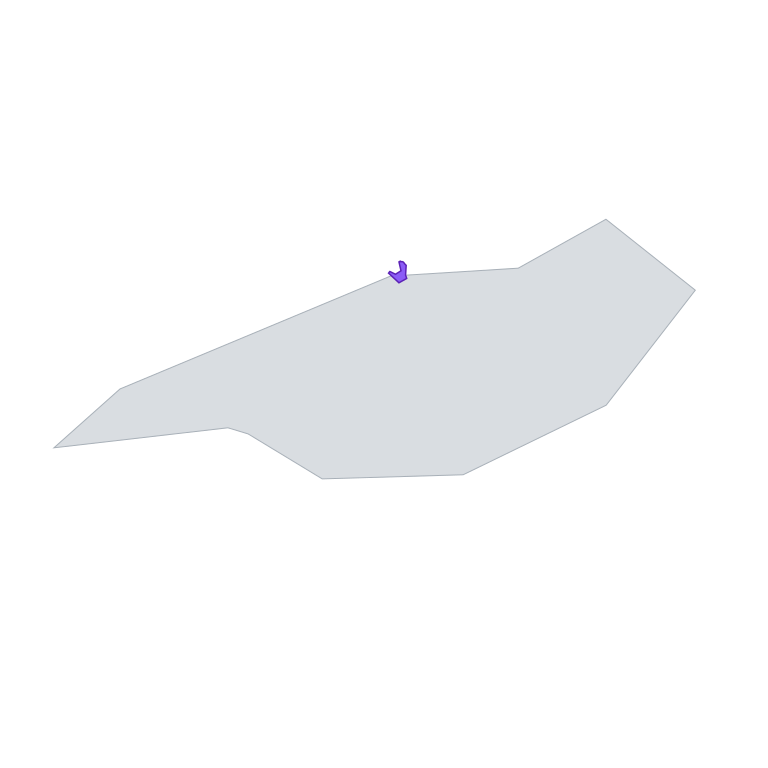 Ukaeb, Melekeok, Palau shown in context, rotated 238°
{"feature_id": "81905179B87979542082634", "entity_name": "Ukaeb", "entity_type": "district", "adm_level": 2, "iso_a3": "PLW", "parent_name": "Palau", "parent_adm1": "Melekeok", "projection": "mercator", "projection_center": [134.634, 7.496], "detail": "fine", "context": "in_parent", "style": "filled", "palette": "violet", "viewbox_px": 768, "rotation_deg": 238, "n_neighbors": 0, "source": "geoboundaries", "source_scale": "gbopen_adm2", "svg_char_len": 808}
<svg xmlns="http://www.w3.org/2000/svg" viewBox="0 0 768 768"><g transform="rotate(238 384 384)"><path d="M406.1,659.5L298.6,697.7L248.3,561.2L265.1,403.0L336.3,281.3L413.7,242.3L429.6,228.4L504.8,70.3L519.7,157.5L472.1,446.6L411.1,559.2L406.1,659.5Z" fill="#d9dde1" stroke="#a8b0b8" stroke-width="1"/><path d="M461.9,450.3L461.5,459.2L464.9,460.0L472.9,465.7L473.3,465.6L473.7,465.5L474.2,465.4L474.6,465.3L475.1,465.2L475.6,465.2L475.9,465.2L476.4,465.1L476.8,465.1L477.1,465.0L477.3,464.9L477.6,464.7L477.8,464.5L478.1,464.3L478.3,463.9L478.6,463.5L478.7,463.3L478.8,463.0L479.0,462.8L479.4,463.0L479.6,462.7L479.6,462.3L479.6,461.8L479.6,461.4L471.0,458.4L471.0,451.9L476.3,448.6L476.3,448.2L476.0,447.8L475.8,447.2L475.6,446.6L461.9,450.3Z" fill="#8b5cf6" stroke="#5b21b6" stroke-width="1.5"/></g></svg>